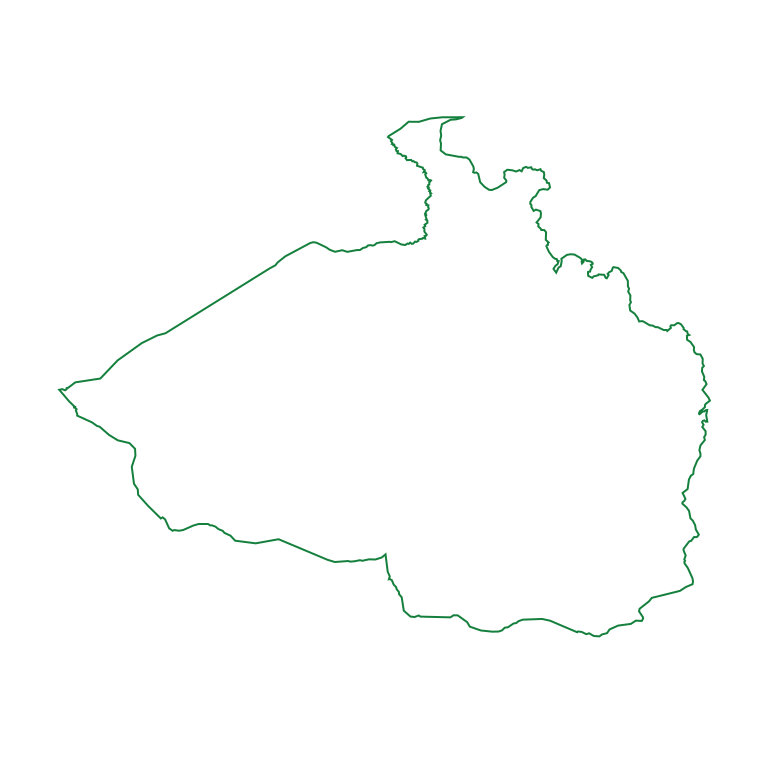 Pru West, Brong Ahafo, Ghana (Robinson projection), rotated 267°
{"feature_id": "2480657B32965552352903", "entity_name": "Pru West", "entity_type": "district", "adm_level": 2, "iso_a3": "GHA", "parent_name": "Ghana", "parent_adm1": "Brong Ahafo", "projection": "robinson", "projection_center": [-1.234, 8.037], "detail": "fine", "context": "isolated", "style": "outline", "palette": "green", "viewbox_px": 768, "rotation_deg": 267, "n_neighbors": 0, "source": "geoboundaries", "source_scale": "gbopen_adm2", "svg_char_len": 6135}
<svg xmlns="http://www.w3.org/2000/svg" viewBox="0 0 768 768"><g transform="rotate(267 384 384)"><path d="M277.9,688.1L283.1,689.0L291.1,692.8L295.2,696.2L297.8,696.4L301.4,695.5L306.1,696.8L311.3,701.5L314.2,700.9L316.5,702.5L320.0,702.7L324.4,699.6L326.5,701.0L329.2,699.6L330.4,700.4L330.9,702.0L329.5,703.4L329.5,704.9L336.0,704.1L341.1,705.4L340.9,703.7L339.9,702.5L339.8,700.7L337.3,697.6L337.7,697.0L338.7,697.2L340.4,698.1L342.0,700.9L344.2,703.3L346.1,703.4L347.3,704.2L350.3,708.6L353.3,707.4L361.5,701.7L367.0,706.1L370.0,705.0L371.1,703.7L374.4,704.2L379.9,702.2L383.5,702.6L385.2,704.4L387.7,703.2L392.5,703.6L396.9,701.5L397.5,697.7L399.3,695.8L401.9,695.2L404.5,695.6L409.9,692.3L412.3,689.0L416.3,689.0L417.0,691.3L417.9,690.0L420.6,689.5L420.9,688.4L423.1,686.0L424.3,686.2L428.1,683.7L429.5,681.3L429.3,679.6L427.5,677.1L427.6,673.7L426.6,673.0L425.0,673.4L422.1,669.6L423.1,669.1L423.3,666.1L426.5,660.2L426.5,658.3L428.3,655.3L428.7,652.5L432.7,646.5L433.3,645.1L433.1,642.1L437.1,640.6L441.1,638.0L444.5,633.7L450.1,633.2L452.8,634.9L454.7,634.2L459.5,634.7L463.4,632.7L466.5,633.7L468.7,632.7L474.2,632.9L482.2,628.9L483.5,626.7L485.0,626.4L487.6,623.9L488.7,619.3L488.3,618.7L484.9,617.2L484.0,614.9L482.3,613.1L481.0,614.0L477.9,612.0L478.3,611.0L481.5,609.6L482.2,604.0L481.4,603.6L480.5,599.0L479.1,597.5L481.3,593.6L484.5,593.5L485.3,593.7L485.5,595.7L487.5,596.3L489.8,598.0L492.1,596.8L493.1,598.7L494.3,598.5L495.6,596.7L496.4,592.7L497.9,591.6L497.9,590.3L495.5,589.6L494.0,588.1L495.7,587.7L497.6,588.4L499.6,586.7L503.3,581.0L503.8,577.0L503.4,573.5L499.8,567.7L497.4,567.9L492.3,566.6L491.1,564.4L486.2,561.8L490.1,559.3L493.1,561.4L494.5,563.6L497.6,564.8L497.7,563.5L499.7,563.1L500.1,561.4L501.9,559.2L507.4,555.6L513.0,553.4L513.9,553.7L514.4,555.0L516.2,555.1L516.7,555.8L519.5,553.1L527.0,553.8L529.3,552.2L529.6,549.1L531.0,548.6L533.2,546.3L535.7,546.7L537.3,544.8L542.2,549.1L546.2,549.7L548.5,549.2L550.2,544.8L549.0,542.5L553.2,540.4L554.9,540.6L556.3,539.5L558.2,539.7L561.4,542.0L562.4,542.8L563.6,545.2L569.5,549.2L570.3,553.1L569.5,557.7L571.6,560.1L576.0,559.3L576.5,557.2L578.8,556.9L581.2,554.3L584.7,555.0L587.3,554.7L588.6,552.2L590.3,551.5L589.4,548.2L590.5,546.0L590.2,544.3L590.9,543.1L592.7,542.4L592.3,538.9L593.4,537.3L592.4,534.3L589.2,532.6L590.5,530.5L589.3,526.9L590.7,523.3L591.5,518.3L589.3,515.0L586.7,515.4L583.7,514.8L580.8,516.8L579.2,516.6L574.1,507.8L572.1,501.9L572.4,499.1L575.7,494.7L580.5,490.6L588.8,489.1L590.4,487.4L590.2,485.4L590.8,484.1L594.0,485.0L596.6,484.6L603.8,481.0L605.9,478.2L606.1,474.5L606.9,473.0L606.9,471.0L610.1,457.7L614.3,452.8L621.1,453.5L624.3,452.8L629.0,454.1L633.9,453.7L640.4,455.5L644.4,464.4L644.5,469.8L645.6,475.4L646.3,476.5L647.3,456.2L646.7,444.1L644.0,432.6L644.6,422.3L638.1,413.9L631.4,401.7L630.4,400.9L627.3,404.8L626.2,403.7L624.2,405.0L623.3,404.5L623.1,405.5L622.1,405.7L622.4,406.8L620.3,407.2L619.0,409.3L617.7,408.1L615.9,408.7L615.8,410.1L613.7,409.6L612.8,412.7L610.6,414.6L611.0,415.7L610.2,417.9L609.2,418.1L608.4,417.3L606.4,418.6L606.3,422.9L604.9,423.9L605.0,425.2L604.0,426.2L603.5,428.2L602.3,428.9L600.2,428.4L598.0,434.1L596.8,434.2L595.4,435.9L593.6,434.7L593.8,436.0L592.2,437.2L591.3,436.1L587.9,437.0L587.2,438.1L584.9,439.1L585.3,440.6L584.8,441.6L582.7,439.7L580.8,439.7L580.3,438.5L579.1,438.6L578.6,437.8L577.5,439.0L577.0,438.3L576.2,438.7L575.0,440.2L574.3,439.6L574.2,440.2L572.8,440.0L572.0,440.9L571.7,440.2L569.6,440.6L565.5,435.7L563.5,434.7L562.3,435.0L561.8,436.0L560.5,435.7L560.1,437.7L558.5,437.3L557.1,437.9L555.9,437.5L554.6,435.4L551.9,433.9L551.3,435.0L550.4,435.0L550.2,434.1L546.2,435.2L545.9,434.6L544.9,435.8L542.7,435.8L540.9,432.9L539.5,433.5L538.2,431.5L536.7,432.5L534.1,432.3L530.9,434.5L530.0,434.1L529.7,432.3L527.1,432.7L527.8,430.4L527.0,429.7L526.9,426.9L526.4,425.9L525.1,425.8L524.2,423.9L524.6,422.5L522.7,420.5L522.5,419.1L523.8,417.5L522.6,416.1L523.0,414.7L521.7,412.5L522.4,408.7L526.0,402.2L525.3,398.1L525.7,397.1L525.6,387.6L525.0,384.0L523.2,381.7L522.8,380.0L523.4,377.8L523.1,375.1L521.6,373.5L520.9,370.1L519.0,366.9L519.2,364.2L517.9,354.2L519.8,349.3L518.6,342.1L520.9,336.8L523.5,333.4L528.6,324.1L529.3,320.9L528.7,317.8L516.7,292.2L511.0,284.2L508.2,281.7L505.5,276.0L446.1,168.4L444.3,159.9L437.5,144.2L421.5,119.2L404.3,101.0L401.8,75.8L396.8,68.5L396.5,66.8L395.3,66.7L394.4,65.1L395.7,62.5L395.2,59.4L383.1,68.7L378.1,73.3L377.0,73.2L377.2,74.5L376.0,74.4L374.9,75.7L373.6,74.9L370.0,76.1L368.5,75.9L360.9,90.5L357.2,95.1L356.2,97.8L347.5,106.8L341.7,115.2L338.3,126.7L332.3,132.0L325.3,132.0L314.5,127.8L297.5,129.1L291.6,132.6L286.2,132.7L274.7,142.0L261.4,154.1L262.4,156.0L260.3,158.3L251.1,161.9L248.5,165.2L249.1,166.8L248.2,171.8L248.7,175.8L252.6,186.1L253.9,191.5L253.4,201.0L251.9,203.0L251.9,204.7L250.4,208.2L247.8,211.0L245.7,215.4L243.7,216.8L240.6,222.7L235.3,227.2L231.6,247.5L234.5,270.6L211.4,318.4L208.8,325.6L209.1,338.9L208.4,341.0L208.5,345.1L209.3,350.8L208.6,353.1L209.7,359.8L209.2,366.3L210.9,372.7L213.8,376.6L196.2,377.9L191.6,379.7L188.8,378.7L189.0,379.6L187.6,381.6L183.1,383.2L180.5,385.5L178.6,385.8L175.7,387.9L173.3,388.1L170.1,390.5L156.6,391.9L150.4,398.2L149.7,402.3L151.0,406.6L149.8,408.2L147.5,438.1L149.4,441.3L149.1,445.5L141.9,454.5L137.2,457.0L132.8,467.8L131.0,479.2L130.8,485.5L131.8,489.0L134.3,491.8L134.6,495.1L138.0,500.7L138.4,503.6L140.1,505.9L141.4,510.2L141.1,529.5L139.0,537.3L126.0,563.9L126.7,564.7L126.1,568.4L123.6,572.9L124.3,575.8L121.4,580.3L120.7,585.9L122.5,588.6L123.5,593.7L127.1,596.4L130.5,605.2L131.5,617.9L134.5,623.1L133.9,629.0L136.2,630.5L137.7,630.3L143.6,626.8L146.2,627.5L153.1,637.3L156.4,640.2L161.9,668.7L165.5,674.9L167.9,681.6L170.7,682.3L174.1,681.8L184.3,677.8L189.1,674.8L190.6,674.6L191.7,675.4L193.2,674.7L196.9,676.3L202.3,674.4L203.8,674.6L210.8,680.5L211.2,682.4L215.0,685.7L214.7,687.7L215.2,689.0L217.1,690.5L222.4,687.8L226.8,687.3L231.4,685.2L233.8,683.0L241.3,682.0L245.1,679.5L248.9,675.7L250.1,675.8L251.6,677.8L253.4,679.0L259.6,676.5L263.2,681.7L272.6,683.5L276.3,685.6L277.9,688.1Z" fill="none" stroke="#15803d" stroke-width="2"/></g></svg>